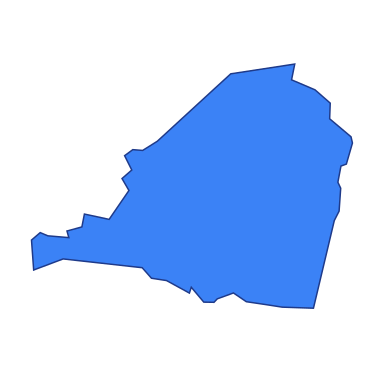 Lewis, West Virginia, United States of America (Albers equal-area conic projection), rotated 87°
{"feature_id": "52423323B98686556304420", "entity_name": "Lewis", "entity_type": "district", "adm_level": 2, "iso_a3": "USA", "parent_name": "United States of America", "parent_adm1": "West Virginia", "projection": "albers", "projection_center": [-80.482, 38.948], "detail": "fine", "context": "isolated", "style": "filled", "palette": "blue", "viewbox_px": 384, "rotation_deg": 87, "n_neighbors": 0, "source": "geoboundaries", "source_scale": "gbopen_adm2", "svg_char_len": 715}
<svg xmlns="http://www.w3.org/2000/svg" viewBox="0 0 384 384"><g transform="rotate(87 192 192)"><path d="M261.6,354.2L252.1,324.2L257.6,290.7L265.0,245.7L276.0,237.0L279.1,222.1L292.8,199.9L287.1,197.7L302.6,186.0L303.3,175.8L300.0,172.3L295.0,155.9L304.4,143.5L308.4,123.7L311.7,108.0L314.4,76.8L228.0,51.4L218.8,46.1L196.0,43.3L189.9,45.8L173.9,41.9L172.2,36.4L151.5,29.2L145.2,30.3L126.1,50.7L110.5,49.3L96.4,63.8L85.2,86.7L69.6,82.7L76.0,147.1L89.4,163.4L139.5,224.0L147.9,239.1L146.6,248.9L152.2,257.4L166.9,251.0L174.9,261.2L187.2,254.9L215.0,276.2L208.4,300.6L221.1,303.8L224.4,318.9L231.1,317.4L228.2,338.3L224.6,345.7L231.6,354.8L261.6,354.2Z" fill="#3b82f6" stroke="#1e3a8a" stroke-width="1.5"/></g></svg>